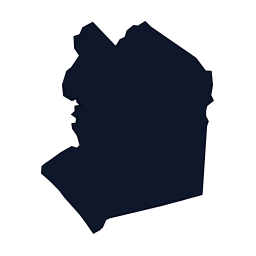 the district of Pender, North Carolina, United States of America, rotated 94°
{"feature_id": "52423323B64112119736585", "entity_name": "Pender", "entity_type": "district", "adm_level": 2, "iso_a3": "USA", "parent_name": "United States of America", "parent_adm1": "North Carolina", "projection": "equal_earth", "projection_center": [-77.903, 34.513], "detail": "fine", "context": "isolated", "style": "filled", "palette": "ink", "viewbox_px": 256, "rotation_deg": 94, "n_neighbors": 0, "source": "geoboundaries", "source_scale": "gbopen_adm2", "svg_char_len": 1047}
<svg xmlns="http://www.w3.org/2000/svg" viewBox="0 0 256 256"><g transform="rotate(94 128 128)"><path d="M25.9,112.5L20.9,118.3L25.9,125.0L25.6,129.5L31.3,135.5L37.9,137.1L40.5,141.9L48.0,145.8L25.4,170.6L31.2,179.9L38.5,182.5L40.6,188.0L52.0,186.6L59.1,181.1L71.8,188.4L75.8,192.9L89.6,196.1L97.1,194.8L97.4,194.7L100.1,194.2L104.3,185.9L101.9,180.9L105.1,180.8L108.9,176.9L110.1,182.2L115.1,181.7L118.4,184.9L121.3,179.9L126.8,179.8L127.8,184.0L132.3,183.1L139.0,177.8L148.5,174.4L152.0,177.2L150.7,182.8L157.2,192.7L168.6,206.5L168.7,206.9L172.3,210.8L178.9,210.9L179.7,210.0L187.1,200.4L194.3,192.3L201.9,185.6L216.9,170.2L224.1,163.9L235.1,155.1L231.0,148.8L230.4,148.6L229.6,148.1L229.3,147.5L229.0,147.2L229.0,146.9L220.8,143.9L218.9,140.7L202.0,86.9L200.4,82.4L200.3,82.0L194.9,66.4L194.6,65.7L189.0,49.7L188.8,49.7L188.1,49.7L120.5,50.0L115.8,48.7L110.7,51.7L105.4,52.0L100.4,51.3L100.4,51.2L100.2,51.2L94.6,45.1L89.4,48.0L79.4,46.9L65.9,49.2L66.0,54.7L53.8,65.3L25.9,112.5Z" fill="#0f172a" stroke="#020617" stroke-width="1.5"/></g></svg>